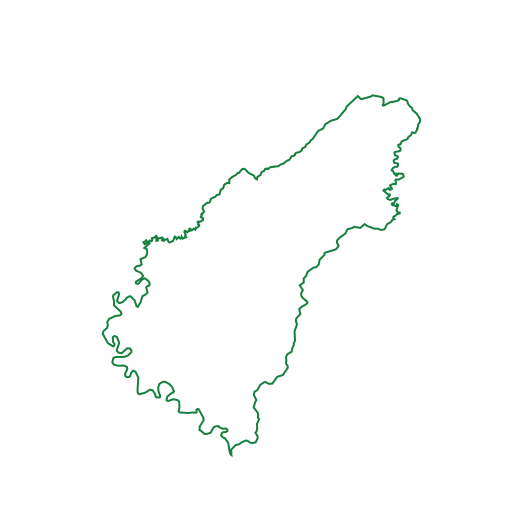 outline of Menoaneng, Mokhotlong, Lesotho, rotated 289°
{"feature_id": "5366337B74637186434694", "entity_name": "Menoaneng", "entity_type": "district", "adm_level": 2, "iso_a3": "LSO", "parent_name": "Lesotho", "parent_adm1": "Mokhotlong", "projection": "orthographic", "projection_center": [29.096, -29.433], "detail": "fine", "context": "isolated", "style": "outline", "palette": "green", "viewbox_px": 512, "rotation_deg": 289, "n_neighbors": 0, "source": "geoboundaries", "source_scale": "gbopen_adm2", "svg_char_len": 6089}
<svg xmlns="http://www.w3.org/2000/svg" viewBox="0 0 512 512"><g transform="rotate(289 256 256)"><path d="M446.8,355.4L447.6,352.7L449.2,350.5L452.1,348.1L452.2,341.1L451.5,340.1L450.1,340.4L448.3,338.8L445.0,332.7L439.7,327.7L439.8,326.7L442.6,326.8L446.7,325.1L447.2,322.6L445.8,313.7L444.5,313.1L439.1,305.4L438.6,303.9L440.4,300.2L426.6,293.0L424.0,293.0L413.0,288.7L411.9,287.9L408.2,282.7L403.1,278.6L398.4,277.9L394.4,274.0L385.2,271.5L383.1,270.1L380.8,269.6L377.7,267.3L374.9,266.9L372.6,264.6L370.6,264.9L368.3,263.1L366.6,260.3L365.1,259.6L364.4,260.0L362.6,258.8L362.0,257.2L357.7,256.2L356.1,254.2L352.3,251.8L351.0,250.0L348.6,248.1L347.1,246.0L346.9,244.5L345.7,243.6L345.7,242.6L344.8,240.8L342.1,239.1L342.4,238.1L341.4,237.2L341.5,236.4L338.9,235.8L337.2,234.0L334.1,233.9L331.3,231.6L328.7,231.9L329.2,230.0L331.3,227.8L332.2,221.9L334.4,217.5L334.5,216.0L333.5,214.5L329.0,212.8L328.7,211.8L326.1,210.6L322.5,207.4L319.6,205.8L316.3,207.1L315.6,204.9L313.0,202.7L309.3,202.9L307.1,201.1L302.4,201.4L300.6,198.9L299.1,198.4L295.4,194.7L291.9,194.9L290.5,193.3L290.4,192.5L285.8,189.6L283.3,190.1L281.2,192.4L279.5,192.0L278.9,191.2L277.8,191.5L277.3,190.7L275.9,191.6L274.9,191.1L274.4,192.3L274.5,193.8L272.6,194.2L270.0,191.7L270.0,190.6L269.3,189.7L268.7,189.9L268.4,190.9L267.0,190.9L266.7,192.3L266.1,192.6L263.9,191.3L263.4,190.1L261.0,190.1L261.7,188.3L259.7,187.3L258.4,185.5L260.2,185.3L260.3,184.3L257.8,184.2L255.9,183.3L256.9,181.0L256.6,180.3L255.4,180.5L252.8,182.7L251.8,182.3L251.0,183.8L248.5,180.9L250.1,179.3L248.7,179.4L247.7,178.8L248.9,176.7L246.2,175.4L247.9,173.6L247.8,172.8L243.3,172.7L240.7,170.0L241.0,168.6L243.3,166.6L241.6,164.7L241.9,162.9L240.3,163.6L240.2,162.0L242.5,161.9L243.0,161.1L241.5,159.5L241.0,157.6L238.4,158.0L237.9,156.9L241.2,155.7L242.1,155.9L242.5,155.0L240.4,153.9L238.9,151.7L237.4,152.8L235.8,152.3L236.1,150.4L234.2,149.9L233.9,149.0L235.1,147.0L233.6,146.4L232.4,145.0L230.9,146.9L232.7,148.6L232.2,150.1L233.7,150.8L233.3,151.3L227.3,147.8L227.1,150.0L226.0,151.2L222.6,152.4L219.1,151.9L215.4,147.8L210.7,150.6L209.2,149.6L207.7,146.7L205.3,145.3L204.5,145.4L203.1,147.4L202.7,152.6L200.6,155.7L198.0,155.1L192.6,150.9L191.2,151.2L191.1,153.2L191.7,154.0L196.7,155.9L198.7,157.9L197.6,161.8L196.0,164.1L193.3,164.8L192.2,163.0L190.6,162.4L186.3,165.4L183.9,164.3L181.0,161.7L174.6,161.9L169.4,160.8L169.5,159.5L174.3,155.9L177.0,150.8L176.7,149.5L174.3,147.2L173.1,147.1L169.2,145.0L167.3,142.8L167.0,141.3L168.5,139.2L175.3,139.0L176.8,137.9L176.6,136.5L172.5,133.9L171.1,134.0L167.1,136.4L163.0,137.9L159.4,146.2L157.3,147.7L155.5,146.7L153.4,142.4L148.8,137.7L145.2,136.8L142.6,138.3L139.8,138.7L135.3,136.3L132.7,136.3L125.4,144.2L124.0,150.4L125.1,151.2L126.9,150.7L128.3,148.7L132.6,147.0L134.3,148.2L134.1,150.9L129.1,155.0L122.0,154.9L120.6,155.8L119.9,157.4L120.3,160.6L126.8,164.2L127.6,167.1L126.1,169.0L124.3,169.4L120.2,167.3L117.5,164.0L115.0,156.4L113.0,154.3L108.6,154.8L107.4,156.2L107.0,157.5L107.4,161.4L109.5,167.0L109.0,170.2L107.2,171.1L101.8,170.6L100.1,171.4L99.3,173.2L100.2,175.3L101.6,176.1L105.1,176.1L107.6,177.1L107.4,179.7L102.8,184.3L90.4,187.7L88.4,188.6L87.5,189.5L87.3,190.7L90.4,195.4L95.2,199.4L95.3,202.3L91.6,206.4L90.3,206.9L90.0,208.0L90.8,210.8L91.3,211.2L93.0,210.5L96.2,208.0L99.6,206.4L103.5,206.2L106.6,208.8L107.5,211.1L106.6,216.1L104.5,219.7L101.3,222.5L100.1,222.3L99.7,221.3L94.1,217.9L90.8,218.2L90.2,218.9L90.5,220.5L93.6,224.3L94.2,228.7L93.4,230.5L92.2,231.2L88.0,232.9L83.8,233.4L83.3,234.9L85.5,243.0L87.4,247.0L88.1,249.9L88.9,250.8L91.3,249.7L92.3,250.5L92.5,251.6L86.0,258.8L83.6,260.0L76.5,258.3L72.9,259.3L73.0,260.3L71.0,265.3L71.5,267.1L74.1,270.6L80.3,271.7L82.0,273.6L83.0,276.0L82.2,276.6L81.8,281.0L83.0,283.2L83.0,284.5L82.2,285.6L81.2,285.9L79.7,284.7L78.7,282.3L77.5,281.4L75.0,281.4L73.8,283.4L73.6,285.9L70.5,290.4L62.9,294.5L60.2,296.5L59.8,297.6L64.7,295.6L70.6,298.3L72.5,301.3L75.6,303.5L78.3,306.7L78.5,308.4L77.6,311.1L78.1,313.7L79.6,316.3L84.5,316.9L86.2,316.1L88.7,313.0L90.2,313.6L93.2,313.3L97.6,311.6L102.8,312.1L103.8,310.5L106.7,309.8L108.2,308.8L112.1,303.1L117.7,302.8L119.9,303.3L124.0,299.1L127.1,298.8L129.8,301.0L135.7,302.0L139.3,304.9L139.9,305.7L139.3,309.9L140.7,313.0L148.7,315.4L152.2,320.2L160.6,322.4L162.7,321.4L164.1,319.3L167.0,318.8L170.1,317.3L173.1,317.5L177.2,320.9L180.8,320.3L183.8,320.8L185.8,320.0L188.6,320.5L197.2,317.0L204.7,317.0L207.4,314.9L210.1,314.4L215.6,316.8L219.8,314.2L222.3,315.3L226.8,319.2L228.6,319.8L229.3,319.6L231.5,314.1L232.9,311.9L235.4,310.8L239.1,311.4L242.5,306.9L246.4,309.8L250.1,308.4L253.7,309.9L257.9,310.0L263.5,313.9L265.2,316.7L268.5,318.1L273.3,317.4L279.1,320.3L281.4,319.9L288.2,329.2L290.6,330.4L292.7,330.8L294.8,328.3L297.1,327.6L300.3,329.0L306.2,333.1L311.1,333.8L313.8,337.9L315.5,339.3L316.6,345.5L321.4,348.3L320.5,351.8L320.4,359.5L321.5,362.1L321.3,365.4L322.6,368.3L323.9,369.0L328.8,369.6L331.9,372.4L334.6,373.2L335.9,374.9L336.6,373.4L338.0,373.2L339.4,374.7L341.5,375.7L343.1,378.1L343.8,377.8L343.4,375.5L345.3,373.8L350.6,373.8L350.9,372.4L349.2,372.7L348.8,372.1L348.5,368.5L349.3,367.4L350.1,367.6L350.7,369.5L352.9,369.4L356.3,371.3L356.9,371.0L355.0,367.4L352.7,364.7L352.8,362.0L353.6,360.9L356.8,362.9L357.7,362.6L357.3,360.4L359.4,355.2L360.7,355.7L360.8,357.2L363.3,359.1L362.1,360.8L363.4,362.6L364.2,362.6L365.0,360.8L366.4,359.8L369.1,362.5L369.3,364.7L370.7,364.7L372.9,363.1L373.9,363.4L374.6,366.0L379.0,369.8L381.4,368.4L381.1,366.3L380.4,363.9L377.9,363.1L377.6,362.1L378.3,361.4L379.5,361.5L378.8,359.7L380.8,358.2L381.3,356.3L383.7,356.8L385.6,358.5L386.4,360.5L387.7,360.9L389.7,360.0L389.0,356.5L390.9,355.1L392.0,355.3L393.8,357.6L395.7,358.1L396.5,357.3L396.5,354.6L398.8,353.2L399.7,353.7L402.0,357.8L403.6,358.2L405.1,357.2L405.6,355.3L407.3,354.3L408.3,355.3L408.4,356.2L411.8,356.4L416.0,361.2L417.8,361.2L420.8,363.2L423.8,363.4L423.9,366.1L424.6,366.6L428.5,367.3L428.7,366.8L431.7,367.0L433.1,366.4L436.1,367.3L438.8,366.7L442.9,361.7L444.8,356.7L446.8,355.4Z" fill="none" stroke="#15803d" stroke-width="2"/></g></svg>